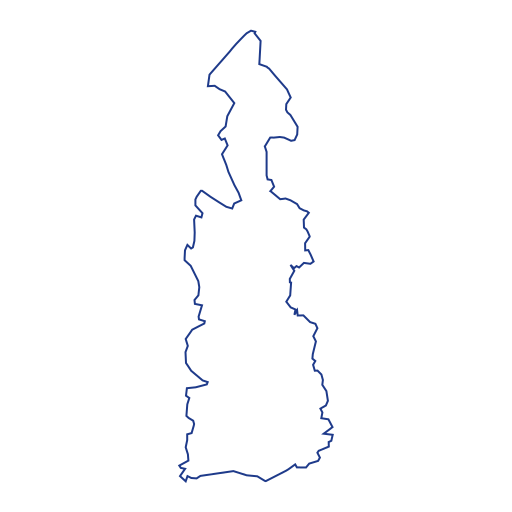 outline of Guaynabo, Puerto Rico
{"feature_id": "32010507B75781996269938", "entity_name": "Guaynabo", "entity_type": "district", "adm_level": 2, "iso_a3": "PRI", "parent_name": "Puerto Rico", "parent_adm1": "", "projection": "robinson", "projection_center": [-66.113, 18.359], "detail": "fine", "context": "isolated", "style": "outline", "palette": "blue", "viewbox_px": 512, "rotation_deg": 0, "n_neighbors": 0, "source": "geoboundaries", "source_scale": "gbopen_adm2", "svg_char_len": 2727}
<svg xmlns="http://www.w3.org/2000/svg" viewBox="0 0 512 512"><path d="M209.5,74.7L207.9,86.2L214.7,85.8L219.6,89.2L225.1,91.5L234.3,103.1L227.3,116.2L225.6,126.5L220.6,131.1L218.1,135.3L221.5,139.9L224.8,138.5L227.6,145.4L222.0,154.2L223.4,157.8L224.8,161.2L226.3,165.0L228.4,171.8L234.4,185.1L238.6,192.8L241.3,200.3L234.2,203.5L232.2,208.5L226.3,206.8L219.4,202.5L210.5,196.8L202.1,190.8L200.8,190.8L196.7,196.7L195.4,199.5L195.4,205.4L202.5,213.2L201.4,217.4L196.0,215.7L194.1,219.5L194.7,232.6L194.4,240.9L192.9,247.4L191.1,248.5L187.4,244.9L185.0,250.3L184.6,258.0L184.6,260.2L190.7,265.8L198.3,281.1L199.3,287.2L198.4,295.3L194.5,300.0L194.9,303.9L202.0,305.3L198.6,316.6L199.0,319.4L204.8,321.2L204.3,323.5L197.8,326.8L192.2,329.7L190.7,331.9L185.7,339.0L187.8,345.9L185.5,352.1L186.0,363.0L188.1,366.1L191.2,370.8L202.6,380.4L207.7,382.1L206.8,384.4L195.7,387.3L186.9,388.2L186.0,395.7L189.3,398.0L187.3,404.3L186.4,415.9L188.7,418.0L193.2,420.7L194.1,424.0L193.7,425.9L191.6,433.1L187.2,434.3L187.2,440.1L185.7,447.3L187.9,454.3L188.4,460.6L179.3,465.6L180.8,467.9L185.1,468.8L180.0,476.1L185.7,481.3L187.5,476.1L191.3,478.0L196.6,478.4L200.4,475.9L233.4,471.1L246.7,475.3L257.3,476.3L264.9,480.9L265.8,481.1L286.1,470.7L288.4,469.3L295.2,464.4L296.9,467.4L306.0,467.5L309.2,463.6L318.1,460.9L319.9,457.6L317.4,452.7L318.7,450.8L328.8,446.6L328.7,442.0L331.3,440.8L332.7,434.8L323.7,433.7L332.5,427.1L328.4,419.3L321.3,418.2L322.4,412.5L320.4,408.6L325.9,405.5L327.9,400.8L326.4,391.1L322.3,384.8L322.9,380.0L321.4,374.5L317.5,370.6L314.8,370.7L313.1,364.8L315.3,361.0L312.4,358.6L312.8,354.1L315.9,341.4L313.3,336.2L317.4,328.2L315.4,323.8L310.1,322.1L303.4,315.4L297.7,315.5L297.1,310.3L294.4,314.8L295.5,309.5L290.7,307.4L286.3,301.7L290.2,295.4L291.1,282.6L289.9,282.3L289.8,278.9L294.3,270.8L290.5,264.9L294.0,268.2L296.5,266.1L299.1,267.5L303.9,262.9L310.4,263.8L313.6,261.5L311.0,255.5L310.8,255.0L308.3,250.1L305.2,250.4L305.1,243.2L309.6,236.8L309.7,236.4L307.6,231.5L306.3,229.3L304.0,227.6L303.7,219.6L308.8,212.8L307.0,211.3L303.8,210.4L299.6,208.2L298.5,206.4L297.1,204.1L290.5,200.3L285.5,198.5L283.5,198.8L280.2,199.2L270.6,191.2L270.4,191.1L274.1,186.7L271.4,180.0L267.6,179.4L266.6,175.4L266.6,151.9L264.8,146.3L265.1,146.0L270.2,137.6L271.2,137.5L273.8,137.6L279.8,137.0L284.1,137.6L289.0,139.8L291.1,140.8L294.6,140.1L297.2,134.5L297.6,126.8L290.4,115.0L287.4,112.4L286.0,109.7L286.3,104.1L290.7,97.5L288.7,93.2L287.0,89.4L275.4,76.1L269.0,68.5L267.4,67.5L266.9,66.8L260.4,64.5L259.3,64.1L259.6,59.3L260.6,40.9L254.6,33.3L255.3,31.8L251.0,30.7L247.1,33.0L246.7,33.2L244.2,35.6L240.5,39.4L236.2,43.9L232.1,48.6L229.7,51.6L210.4,73.6L209.5,74.7Z" fill="none" stroke="#1e3a8a" stroke-width="2"/></svg>